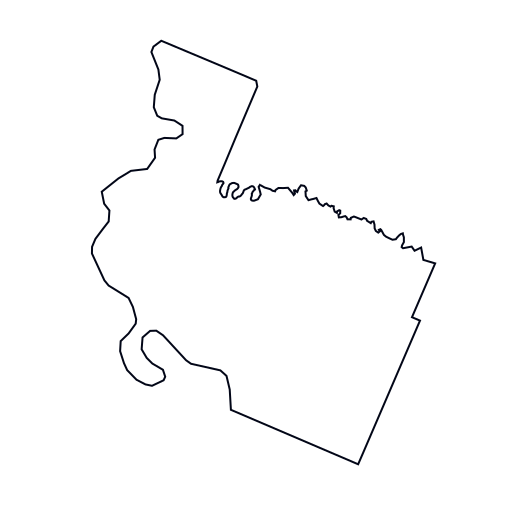 outline of Lyman, South Dakota, United States of America, rotated 203°
{"feature_id": "52423323B78517119987151", "entity_name": "Lyman", "entity_type": "district", "adm_level": 2, "iso_a3": "USA", "parent_name": "United States of America", "parent_adm1": "South Dakota", "projection": "orthographic", "projection_center": [-99.765, 43.859], "detail": "fine", "context": "isolated", "style": "outline", "palette": "ink", "viewbox_px": 512, "rotation_deg": 203, "n_neighbors": 0, "source": "geoboundaries", "source_scale": "gbopen_adm2", "svg_char_len": 3721}
<svg xmlns="http://www.w3.org/2000/svg" viewBox="0 0 512 512"><g transform="rotate(203 256 256)"><path d="M307.6,94.6L301.0,95.9L292.5,105.5L292.4,109.4L297.2,114.9L309.4,116.5L316.8,119.5L324.8,125.4L328.6,136.7L324.2,145.7L318.6,148.3L310.6,146.7L279.6,132.7L273.7,131.4L244.1,136.8L236.3,134.1L228.0,122.8L219.0,104.6L80.6,104.2L80.5,115.8L79.8,260.6L88.5,260.6L88.2,319.2L100.4,317.8L107.3,328.3L112.1,322.8L116.4,325.5L123.4,320.8L123.7,320.6L125.4,321.1L125.7,322.8L125.3,326.6L127.2,331.0L129.1,333.2L129.7,334.2L131.3,332.8L132.3,330.9L133.4,327.9L133.8,326.1L136.7,324.3L140.3,324.4L143.8,324.6L146.5,325.4L150.9,328.9L152.0,329.3L153.1,328.1L152.2,327.4L151.7,327.0L152.6,325.3L155.5,325.9L157.6,327.8L159.2,331.2L161.3,333.8L163.1,332.6L163.2,331.1L167.5,331.8L169.0,333.2L171.7,333.1L173.2,330.8L179.0,330.7L181.3,330.6L183.6,328.2L183.2,326.7L186.1,325.5L187.7,327.0L189.4,327.6L190.9,326.5L192.5,325.1L194.8,323.9L196.1,325.9L195.2,328.3L196.2,330.7L197.3,330.7L198.8,328.7L198.4,327.3L200.9,327.6L203.3,330.4L203.8,332.1L206.2,331.7L206.7,330.6L209.1,330.8L211.5,331.9L212.9,330.6L213.1,329.5L213.8,328.2L214.5,328.3L218.1,329.0L220.6,330.9L223.0,333.0L225.7,330.8L227.0,329.9L229.5,327.9L233.6,330.6L235.7,334.8L234.8,336.0L237.0,338.5L239.0,339.4L242.2,338.7L243.1,334.8L243.0,331.0L244.2,331.2L245.4,331.9L246.6,331.2L246.0,330.3L244.5,328.6L245.1,326.8L247.3,328.3L253.2,331.3L257.4,329.2L261.9,327.4L263.8,324.4L263.7,323.0L266.3,322.5L268.8,323.1L274.8,322.4L279.1,322.9L279.7,322.7L280.2,322.9L280.6,320.7L277.4,316.8L275.7,314.5L276.4,309.0L279.3,306.2L280.4,305.7L281.6,305.5L282.5,305.8L283.0,306.4L283.2,307.1L283.3,309.1L283.4,309.6L283.5,310.3L283.8,311.0L284.2,311.5L284.1,312.2L284.2,313.3L284.0,314.2L283.7,315.0L283.5,316.0L282.9,316.8L283.4,317.4L283.9,317.8L284.4,318.3L284.9,318.6L285.7,318.9L286.7,318.8L287.4,318.5L287.8,318.0L288.5,317.3L289.0,316.3L290.3,314.8L291.7,313.2L292.4,312.6L292.6,312.2L292.8,311.2L292.7,310.3L292.7,309.1L292.7,308.4L293.0,307.7L293.2,307.1L293.3,306.4L293.7,305.3L294.1,304.7L294.6,304.2L295.2,304.0L295.7,303.5L296.2,302.7L296.5,301.8L297.0,301.0L297.9,300.3L298.6,300.2L299.4,300.7L300.3,301.1L300.9,301.7L301.4,302.5L301.7,303.2L301.9,304.0L302.0,304.7L302.1,305.5L301.9,306.1L301.6,306.7L301.3,307.5L301.0,308.1L300.8,308.5L300.4,309.0L300.1,309.5L299.5,310.3L299.2,311.2L299.0,312.3L299.4,313.5L300.0,314.1L300.3,314.6L300.8,314.8L302.0,314.8L304.4,314.8L305.4,314.4L306.0,314.1L306.6,313.7L307.0,313.1L307.5,312.6L308.1,311.8L308.3,311.0L308.3,309.9L308.3,308.4L307.8,307.6L307.8,305.7L307.7,304.8L307.5,304.2L307.3,303.3L307.3,302.3L307.0,301.5L306.8,300.8L306.6,299.8L306.6,298.9L307.0,298.3L307.7,298.0L308.4,297.5L309.4,297.5L310.1,297.7L311.6,298.9L312.7,299.6L313.7,300.3L314.5,301.7L314.9,303.4L315.0,304.1L315.1,305.0L315.0,306.3L314.8,307.0L314.9,308.2L314.8,308.6L314.5,309.6L314.4,310.4L314.9,311.1L315.2,311.4L316.3,311.5L317.0,311.3L317.9,310.9L318.6,310.5L319.3,309.9L319.9,309.1L320.2,309.0L320.4,308.8L320.8,310.5L320.8,328.0L320.9,343.1L321.0,356.1L321.0,369.6L321.0,381.5L321.0,385.6L321.0,397.7L321.0,405.0L321.0,412.5L324.3,417.4L329.9,417.4L338.4,417.4L346.9,417.4L350.1,417.4L427.3,417.1L432.2,408.7L432.0,402.9L418.7,389.5L413.5,380.6L412.2,364.9L408.2,353.0L401.7,346.5L396.5,345.9L384.1,348.8L374.5,347.1L371.2,339.5L375.3,333.1L386.5,328.9L391.3,324.8L391.0,314.4L387.3,307.0L390.2,293.6L404.4,285.5L412.9,273.7L423.1,254.9L416.2,244.8L408.7,240.6L405.1,230.2L407.4,221.6L410.5,209.1L410.5,200.4L408.0,194.2L386.0,174.3L380.1,171.2L356.9,167.6L349.4,161.0L341.6,151.0L340.3,146.7L343.0,134.9L347.3,124.8L343.9,115.3L335.7,105.8L330.0,100.6L317.6,95.4L307.6,94.6Z" fill="none" stroke="#020617" stroke-width="2"/></g></svg>